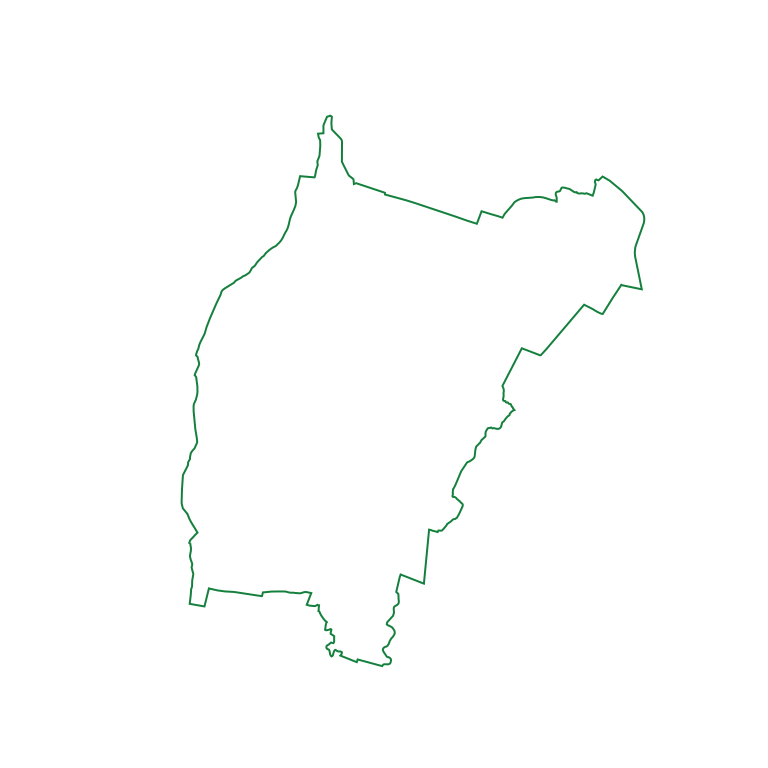 outline of Batar, Bihor, Romania, rotated 117°
{"feature_id": "2599482B9759777687605", "entity_name": "Batar", "entity_type": "district", "adm_level": 2, "iso_a3": "ROU", "parent_name": "Romania", "parent_adm1": "Bihor", "projection": "robinson", "projection_center": [21.802, 46.711], "detail": "fine", "context": "isolated", "style": "outline", "palette": "green", "viewbox_px": 768, "rotation_deg": 117, "n_neighbors": 0, "source": "geoboundaries", "source_scale": "gbopen_adm2", "svg_char_len": 6165}
<svg xmlns="http://www.w3.org/2000/svg" viewBox="0 0 768 768"><g transform="rotate(117 384 384)"><path d="M190.9,556.4L191.5,556.0L193.8,554.2L194.6,553.3L195.6,551.7L200.7,548.9L209.4,545.3L210.5,545.0L214.6,544.6L216.1,544.4L219.0,542.4L224.4,541.5L229.4,540.0L231.4,539.7L231.7,540.3L236.9,553.1L245.6,551.0L248.7,550.5L251.4,550.6L253.1,550.4L261.8,544.9L265.5,543.8L269.8,543.4L276.5,543.1L279.1,542.8L286.4,541.0L288.8,540.6L291.1,540.5L294.1,540.7L299.8,540.6L302.6,540.8L305.3,541.4L310.1,543.0L313.0,545.1L316.6,547.0L321.0,548.7L324.6,549.3L326.0,550.2L333.2,552.3L337.5,552.8L340.5,554.3L344.9,554.4L346.2,554.7L350.2,556.9L351.7,558.3L354.4,559.7L358.6,562.6L360.4,563.4L361.8,563.6L371.0,569.2L373.7,570.5L375.1,570.7L376.7,570.5L379.0,570.1L388.4,569.9L404.4,568.9L414.0,567.9L419.1,566.9L421.4,566.6L430.0,566.6L432.4,566.4L433.8,566.2L436.9,565.4L439.6,565.4L443.4,564.7L443.8,564.5L444.5,562.5L445.0,561.9L445.8,561.5L448.5,558.9L450.2,557.7L451.7,557.4L460.5,557.0L462.0,556.8L462.9,554.8L463.4,554.3L470.7,549.3L475.9,546.5L478.9,545.5L483.5,544.5L488.2,544.3L490.2,543.6L494.8,541.2L509.9,531.6L516.8,526.5L520.1,524.3L521.3,523.9L527.0,523.6L527.5,523.6L531.3,524.6L533.6,524.7L537.3,523.6L538.9,522.8L542.5,523.0L545.6,521.8L556.4,521.8L569.5,516.2L580.7,510.9L582.1,510.2L586.1,506.8L589.0,500.2L592.4,496.3L594.5,493.4L601.1,482.7L604.3,483.8L606.7,484.4L610.9,485.7L611.8,485.7L614.0,485.4L614.4,483.9L616.3,482.7L617.3,481.8L620.1,480.4L624.3,479.2L625.7,478.6L628.0,476.7L631.1,473.4L632.2,472.8L634.7,472.2L636.5,470.7L639.5,467.9L640.2,467.5L646.1,465.7L651.1,463.3L652.0,463.0L654.3,462.7L659.7,460.4L668.1,457.3L663.7,443.0L645.6,447.2L645.3,445.7L643.4,438.3L642.5,435.8L641.1,431.7L637.4,423.3L628.5,396.5L628.2,396.4L624.7,397.3L619.7,389.5L614.1,378.6L613.4,376.8L613.0,374.5L612.5,372.8L610.9,369.5L610.6,368.5L608.6,363.7L605.6,360.5L604.7,359.0L603.3,353.9L615.8,352.6L615.3,349.9L613.5,345.2L613.0,344.4L611.5,343.4L610.9,342.9L611.1,342.1L610.7,341.4L613.6,340.3L614.8,339.7L616.1,339.3L616.1,338.3L617.7,336.4L619.0,334.4L620.6,331.4L621.6,329.1L622.1,326.8L622.9,327.0L625.1,326.5L629.7,324.9L629.7,323.7L628.4,322.0L627.3,320.9L626.7,320.5L626.6,319.5L626.8,319.3L629.9,318.6L630.9,318.0L631.0,315.8L631.3,313.9L633.4,312.9L636.0,311.5L637.4,311.3L638.0,311.6L638.4,313.7L638.7,314.0L641.4,315.0L642.6,315.9L643.1,316.1L644.5,316.0L645.6,315.1L645.8,314.3L645.9,313.7L645.6,312.6L645.8,312.2L647.2,310.8L648.6,309.9L649.6,309.0L650.4,307.7L650.5,307.0L649.7,306.5L649.1,306.4L644.7,307.2L643.1,306.8L642.9,306.3L643.2,304.4L643.1,303.4L642.2,301.7L642.0,300.2L642.2,299.7L643.2,299.3L644.5,299.3L645.8,299.6L644.2,282.0L641.4,282.4L636.2,257.6L634.6,257.3L633.9,256.9L633.5,256.3L631.9,253.1L631.2,252.3L630.5,251.9L629.9,251.7L629.1,251.7L627.2,252.2L626.6,252.5L625.9,253.2L625.5,254.1L625.3,256.0L625.7,256.8L625.7,257.3L625.4,258.2L623.2,262.1L622.4,263.4L621.5,264.3L620.4,264.6L619.2,264.5L617.9,263.8L616.6,262.5L615.6,262.0L613.3,261.8L610.2,262.2L608.9,262.1L607.6,262.0L604.9,261.3L603.3,261.1L601.7,261.2L600.7,261.5L599.1,262.7L598.5,263.6L597.2,266.1L597.0,269.3L597.2,270.2L597.1,271.8L596.8,272.5L594.9,273.0L586.4,270.7L583.2,271.3L579.9,273.3L578.4,273.8L577.5,273.6L574.3,271.7L573.2,271.5L572.3,271.5L570.2,272.5L569.0,273.4L566.0,275.0L564.5,276.0L563.7,278.7L549.0,282.3L546.2,282.7L543.8,257.8L493.3,277.7L492.8,275.9L492.7,274.2L491.9,270.8L491.6,269.0L489.9,269.0L489.5,268.3L488.9,266.8L488.2,265.8L485.8,265.1L482.2,264.3L481.6,264.1L480.2,264.2L475.9,261.9L473.7,261.2L473.2,260.9L471.9,259.3L469.7,258.2L468.2,258.3L467.1,258.1L465.7,258.1L458.4,258.4L457.0,258.5L456.2,258.8L455.5,259.3L455.2,259.8L454.7,261.8L454.3,262.7L453.3,266.8L452.7,268.2L452.6,270.2L453.3,271.1L453.1,271.9L452.3,272.3L450.5,272.7L449.5,273.5L446.4,274.7L444.9,274.5L440.4,274.6L426.7,275.6L416.4,274.4L415.7,274.1L414.8,273.2L414.0,272.6L411.4,271.1L409.3,270.3L408.6,270.2L407.2,270.4L401.2,272.7L398.2,273.4L397.6,273.4L395.5,272.6L394.4,272.4L393.1,271.8L389.8,271.7L384.7,269.8L384.3,269.9L382.3,271.0L380.6,271.6L379.1,271.7L376.3,271.4L375.8,271.0L375.5,270.2L374.3,269.0L374.1,268.7L374.3,267.9L374.3,267.3L373.4,266.0L372.8,263.3L372.1,261.8L371.4,261.1L370.6,260.6L369.3,260.3L368.7,260.3L365.7,261.0L365.0,261.1L364.3,261.1L362.9,260.3L360.0,259.9L356.9,259.2L354.9,258.1L354.3,258.1L353.2,258.5L352.4,258.1L351.0,257.9L348.6,256.6L348.0,256.0L347.2,257.9L346.3,258.8L346.1,259.9L344.5,261.8L344.5,262.4L344.9,263.8L344.3,265.0L344.3,265.4L344.4,265.8L344.9,266.4L345.0,266.7L344.9,267.2L344.2,268.1L344.2,268.5L344.6,269.5L344.6,269.9L344.5,270.3L343.9,270.9L340.5,271.9L339.5,272.4L338.3,273.2L336.2,273.9L335.1,274.5L333.7,275.5L332.5,277.0L331.9,277.6L289.6,277.4L287.6,258.2L287.2,257.4L279.8,255.3L222.5,241.7L222.5,232.2L222.9,226.9L222.8,223.0L222.6,221.8L222.3,220.9L203.5,219.3L188.6,217.6L188.4,217.7L187.9,217.6L187.9,216.8L187.4,214.8L182.6,197.3L156.2,218.3L152.9,220.3L148.8,221.9L146.9,222.4L122.5,225.6L119.8,226.5L117.1,228.0L115.3,229.6L113.8,231.5L113.4,232.4L104.0,259.3L100.4,275.2L99.9,283.4L105.1,285.3L105.4,285.9L105.4,287.7L105.7,288.0L106.0,288.2L107.4,288.2L108.3,287.8L109.6,286.4L110.4,285.9L117.3,284.2L119.4,283.8L121.5,283.6L122.1,290.2L123.0,291.0L123.5,292.0L123.9,293.4L124.7,295.1L125.4,296.0L125.9,297.1L126.1,298.9L125.6,299.5L126.5,300.8L126.6,301.8L126.0,307.0L127.2,312.5L127.9,314.2L128.2,314.6L129.1,314.9L132.0,314.8L133.0,315.5L134.0,316.9L134.5,317.3L135.3,317.6L136.0,317.5L136.7,317.3L137.7,316.7L138.4,315.8L139.8,314.6L143.2,312.9L143.4,313.4L142.9,315.4L143.6,316.5L144.1,318.6L145.1,325.0L145.6,327.1L146.6,330.0L148.6,333.8L150.3,336.0L154.8,343.5L156.7,346.0L158.9,347.9L161.8,349.8L162.8,350.3L167.0,351.0L177.6,353.7L182.0,353.9L182.6,358.0L184.0,365.3L185.8,375.5L199.1,374.0L200.8,384.6L202.2,395.3L208.9,439.8L210.2,447.4L214.7,469.1L213.2,470.0L217.7,499.9L219.5,501.6L215.8,503.9L215.3,504.5L214.2,509.9L213.6,510.9L206.1,521.1L205.2,522.2L204.7,522.6L187.0,531.5L186.0,532.3L185.0,534.0L180.9,546.0L175.5,549.3L169.5,551.8L169.3,553.6L171.8,556.1L181.0,555.4L188.1,551.8L190.9,556.4Z" fill="none" stroke="#15803d" stroke-width="2"/></g></svg>